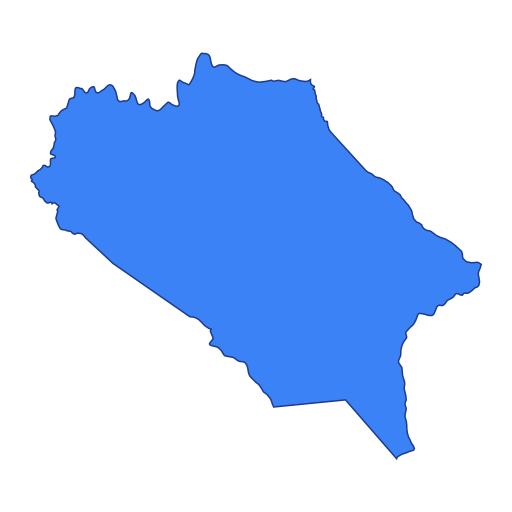 the district of Jocon, Yoro, Honduras
{"feature_id": "27666195B24666023972878", "entity_name": "Jocon", "entity_type": "district", "adm_level": 2, "iso_a3": "HND", "parent_name": "Honduras", "parent_adm1": "Yoro", "projection": "natural_earth1", "projection_center": [-86.974, 15.288], "detail": "fine", "context": "isolated", "style": "filled", "palette": "blue", "viewbox_px": 512, "rotation_deg": 0, "n_neighbors": 0, "source": "geoboundaries", "source_scale": "gbopen_adm2", "svg_char_len": 5857}
<svg xmlns="http://www.w3.org/2000/svg" viewBox="0 0 512 512"><path d="M481.3,264.4L479.0,262.9L477.5,262.3L471.4,262.8L468.0,262.0L466.6,261.9L463.6,259.1L462.9,258.3L462.7,257.3L462.3,253.7L461.5,251.3L455.6,245.8L451.4,242.5L445.6,239.1L441.0,237.6L437.7,236.2L436.1,235.3L430.9,231.3L426.5,230.2L424.4,229.1L422.5,227.0L422.1,226.2L421.9,225.2L421.5,224.7L419.2,223.0L416.6,222.1L413.7,218.7L412.2,213.8L412.0,212.0L411.8,211.2L410.5,208.7L408.7,205.8L408.0,204.8L406.6,203.5L403.9,200.0L401.7,197.8L400.1,194.8L398.2,193.3L394.1,190.7L393.3,189.3L392.2,186.9L391.0,185.4L387.4,182.1L385.6,181.2L383.9,179.9L379.7,177.9L375.3,177.0L371.6,173.8L367.6,172.0L365.7,170.4L330.8,132.1L329.0,129.6L328.0,126.1L327.6,125.5L327.6,123.1L327.2,121.5L326.8,121.3L325.0,121.3L324.6,121.1L324.2,120.3L323.4,119.3L323.5,118.2L323.4,117.4L321.6,116.5L321.5,115.7L321.7,114.8L321.7,114.0L320.7,111.8L318.9,105.0L318.5,104.1L317.7,103.4L317.1,102.6L316.7,99.9L316.2,99.1L316.2,96.0L315.3,94.1L314.8,90.7L314.5,90.0L313.1,88.9L314.2,87.2L314.4,86.5L314.0,86.1L312.1,85.2L311.1,84.2L310.4,82.2L310.5,79.6L307.9,81.1L305.5,81.5L300.1,80.8L298.1,80.2L295.7,79.0L293.5,78.7L291.0,79.1L286.6,81.3L285.4,81.6L283.4,81.4L278.4,80.3L273.6,81.3L271.5,80.2L266.3,81.3L261.0,82.0L258.3,82.1L255.5,81.5L252.0,80.5L245.5,77.2L240.0,75.1L237.4,73.9L233.9,71.6L230.0,68.3L227.7,66.0L226.3,65.2L223.5,64.8L220.0,64.9L218.4,65.2L215.0,67.1L213.9,67.0L213.0,66.7L212.3,66.0L211.2,63.2L210.2,57.9L209.6,56.3L209.0,55.3L208.2,54.5L206.2,53.7L201.5,53.3L200.4,54.5L197.8,58.5L196.8,60.9L195.6,66.0L194.8,70.5L194.7,72.8L194.5,73.9L192.7,78.7L189.4,84.4L188.4,84.7L186.0,83.4L183.5,82.7L179.7,80.2L179.0,80.4L178.2,81.5L177.6,82.7L177.3,84.0L177.1,87.9L177.6,96.4L178.3,99.9L178.9,101.6L179.3,104.1L179.1,104.9L178.8,105.4L177.7,106.1L176.4,106.2L175.5,106.1L171.9,104.5L169.6,102.6L168.1,102.2L167.1,102.9L165.1,104.9L162.9,106.8L161.7,108.3L160.0,109.8L158.1,110.7L157.0,110.7L155.8,110.5L151.8,108.3L150.4,106.8L149.9,105.5L149.5,101.3L148.8,99.6L148.4,99.1L147.1,99.6L144.5,102.3L141.5,104.2L139.7,104.7L138.4,104.3L137.8,103.6L137.0,102.0L135.7,97.4L134.9,95.5L133.4,93.8L132.4,93.0L131.7,92.6L131.1,92.8L130.8,93.4L130.3,95.6L129.5,98.2L128.6,99.6L127.7,100.4L126.4,101.0L123.3,100.9L121.6,101.5L119.6,101.5L118.5,100.8L117.5,99.5L117.0,96.6L115.7,91.5L114.5,89.0L112.8,86.2L111.8,85.3L110.7,84.9L109.3,84.9L108.1,85.4L104.0,89.3L101.9,90.5L99.5,92.3L97.9,92.9L97.0,92.7L96.1,92.3L94.9,89.6L94.4,87.5L94.0,86.9L93.4,86.7L92.0,87.0L90.6,87.8L89.3,89.1L88.4,91.3L87.9,91.9L87.8,92.4L87.3,92.7L86.2,92.9L85.5,92.7L84.7,92.1L82.8,89.5L81.9,88.6L80.6,88.5L77.9,87.5L76.0,87.7L75.4,88.5L75.0,89.8L74.8,94.3L74.6,95.6L74.1,96.4L74.2,97.2L73.6,97.7L70.3,98.6L69.5,99.2L69.1,100.0L67.0,106.9L66.6,108.0L62.8,109.8L61.6,110.6L59.6,112.7L58.1,115.1L57.5,115.5L55.4,116.2L51.1,115.9L50.5,116.1L50.1,116.6L49.9,119.6L51.2,122.2L52.7,124.9L54.8,129.6L55.4,131.6L55.5,133.1L55.1,134.6L55.0,135.9L55.6,138.1L55.8,139.6L55.4,140.9L54.2,143.1L54.1,144.8L53.3,147.9L51.0,151.0L50.6,152.3L50.5,153.4L50.8,154.1L53.9,155.2L54.8,155.7L55.3,156.6L55.3,157.5L54.7,157.9L51.8,158.4L50.7,158.8L50.4,160.2L50.5,164.4L50.2,165.6L49.6,166.4L48.7,166.8L47.5,167.0L44.8,165.4L44.0,165.3L43.4,165.4L42.9,165.9L42.3,167.3L40.4,169.4L40.0,169.8L38.7,170.3L37.5,171.2L34.9,173.8L33.4,174.5L31.6,175.0L31.0,175.7L30.7,177.0L30.9,178.1L32.3,179.4L32.2,179.9L31.4,180.7L31.5,181.1L32.0,181.7L33.3,182.4L34.6,183.8L35.3,185.2L35.4,187.0L38.1,189.7L39.1,191.1L39.2,191.9L38.8,192.7L38.8,193.6L39.2,195.4L39.8,196.5L40.6,197.0L41.9,197.4L42.6,197.9L43.4,198.7L44.7,200.9L47.0,203.0L48.7,202.9L50.8,202.1L51.7,203.0L52.1,203.8L53.6,202.7L54.3,202.8L55.7,203.3L56.5,204.3L58.8,206.0L58.9,206.5L58.6,207.3L57.6,208.7L57.1,209.7L57.1,210.3L57.7,210.8L57.6,211.9L55.9,218.3L56.6,220.7L58.5,225.4L59.7,227.7L60.6,229.0L62.0,229.6L65.0,229.9L67.4,230.9L70.7,231.3L72.6,233.3L74.4,234.2L75.3,234.1L76.7,233.3L77.7,233.1L80.8,233.5L82.0,234.1L83.7,235.4L85.5,237.8L113.1,263.5L189.5,316.5L190.8,316.9L193.1,317.0L196.4,318.1L198.9,319.7L201.9,322.6L204.2,325.1L205.3,326.0L208.5,328.2L209.7,328.7L211.2,328.9L211.2,329.2L210.5,330.8L210.4,331.5L212.8,337.1L213.0,338.9L212.5,339.7L209.9,342.8L209.5,343.8L209.7,344.6L211.2,345.5L216.1,346.7L218.4,347.7L221.2,350.4L223.7,354.6L224.4,355.4L225.1,355.9L233.2,357.4L235.1,358.6L237.1,360.2L238.5,361.0L240.3,361.6L241.9,361.6L243.3,361.8L244.3,362.3L245.2,362.9L246.4,364.5L247.3,366.5L247.8,368.5L248.5,372.7L249.1,374.5L249.8,375.9L251.2,377.6L256.1,382.5L258.8,384.5L261.3,388.1L263.5,391.9L266.9,394.4L268.3,396.0L270.9,399.5L272.5,404.3L273.7,407.0L345.5,399.9L396.6,458.7L396.8,457.8L397.7,456.7L401.7,454.3L406.3,452.8L409.3,451.5L413.1,450.4L413.8,449.8L414.4,448.6L413.4,445.9L411.4,443.2L409.9,439.6L408.5,437.0L407.3,432.8L406.8,428.3L406.7,424.7L406.3,421.3L405.0,416.8L405.2,413.8L406.1,409.9L406.2,408.8L405.9,407.2L405.1,405.0L405.0,403.8L405.4,402.0L406.1,400.4L406.2,399.5L405.7,395.1L404.2,389.0L404.2,387.5L404.7,384.5L404.7,383.0L404.4,381.3L402.6,375.6L401.9,367.6L398.7,362.8L398.5,362.0L398.7,360.3L400.6,355.7L401.0,349.4L402.0,345.4L403.4,342.3L405.2,339.7L406.3,338.4L406.6,337.8L406.6,336.3L405.7,333.5L405.8,332.4L406.4,331.5L410.1,327.4L412.0,325.9L413.6,324.1L415.6,320.7L417.9,314.6L418.8,313.6L420.1,313.4L424.3,314.1L427.4,315.1L429.0,315.4L431.0,315.6L432.4,315.3L433.2,314.7L434.1,313.6L436.8,307.1L437.7,305.8L439.1,305.2L442.3,305.6L443.5,305.0L444.7,304.0L447.2,300.6L448.3,299.9L451.6,298.2L452.9,297.3L453.6,296.7L454.9,294.9L455.9,293.9L456.6,293.6L457.5,293.7L458.4,293.9L460.2,294.9L462.3,295.2L463.7,293.5L464.2,293.1L466.9,293.3L468.9,292.8L472.0,290.5L474.9,287.9L477.3,286.9L478.1,286.4L479.0,284.9L479.5,282.2L479.4,280.4L478.4,274.7L478.4,272.8L478.7,271.5L480.1,268.2L481.3,264.4Z" fill="#3b82f6" stroke="#1e3a8a" stroke-width="1.5"/></svg>